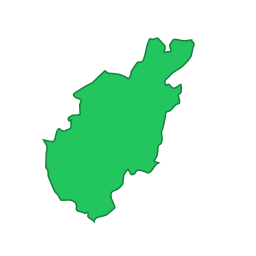 the County of Oppland, rotated 249°
{"feature_id": "NOR-920", "entity_name": "Oppland", "entity_type": "County", "adm_level": 1, "iso_a3": "NOR", "parent_name": "Norway", "parent_adm1": "", "projection": "orthographic", "projection_center": [9.47, 61.271], "detail": "fine", "context": "isolated", "style": "filled", "palette": "green", "viewbox_px": 256, "rotation_deg": 249, "n_neighbors": 0, "source": "natural_earth", "source_scale": "10m", "svg_char_len": 3330}
<svg xmlns="http://www.w3.org/2000/svg" viewBox="0 0 256 256"><g transform="rotate(249 128 128)"><path d="M203.4,180.7L203.3,180.8L201.9,182.7L201.7,183.2L201.6,184.0L201.7,185.4L201.7,186.2L201.5,187.2L201.3,187.7L200.8,188.2L191.5,191.9L188.8,191.1L188.4,190.9L187.3,189.8L186.8,189.2L186.2,188.7L185.5,189.3L185.4,189.8L184.9,192.5L184.4,194.1L184.2,195.1L184.3,195.6L184.6,195.8L189.4,196.3L190.3,196.6L191.4,197.8L194.0,201.4L194.1,202.8L194.0,203.2L193.8,204.0L190.0,210.2L189.3,211.6L188.4,214.4L187.6,218.4L187.4,218.7L187.2,219.1L186.3,218.7L185.7,218.8L184.6,219.7L182.3,219.6L179.5,217.3L173.0,213.1L172.2,212.3L170.2,209.5L169.1,207.7L166.3,201.5L165.8,200.0L165.4,198.5L163.9,190.9L163.3,188.9L162.3,186.6L160.8,183.6L160.2,181.9L159.6,180.7L158.2,178.8L154.2,178.6L153.9,178.9L153.7,179.4L154.1,179.9L154.4,180.6L154.3,181.3L153.9,182.1L153.5,182.3L150.2,183.4L149.3,184.1L148.7,185.1L148.6,186.3L148.7,187.8L149.6,191.6L149.7,192.9L146.4,192.2L142.7,190.5L141.9,189.6L141.5,188.6L141.2,187.5L140.6,186.6L139.7,186.4L135.4,186.0L134.0,185.6L132.7,184.7L132.6,181.1L132.1,179.7L129.1,174.0L129.1,172.1L129.3,170.9L129.2,169.9L128.8,169.1L128.3,168.5L127.5,167.9L124.9,166.8L115.2,160.3L112.1,157.6L106.0,156.1L102.9,154.5L101.7,153.3L101.5,152.7L101.3,151.7L101.2,150.9L101.0,150.5L100.9,150.3L100.6,150.0L99.2,149.0L94.9,147.1L92.0,145.3L90.2,143.5L87.9,140.5L87.1,140.9L84.5,144.1L84.0,141.2L79.7,134.6L79.0,132.9L78.7,131.6L78.8,131.0L79.1,130.2L82.4,126.8L85.2,122.4L84.8,120.5L84.0,119.1L83.2,118.2L82.9,117.4L82.8,116.9L82.9,115.0L83.8,114.2L89.5,113.2L88.2,110.8L85.5,107.1L77.8,103.1L77.3,102.6L75.8,99.9L75.2,98.2L74.7,96.6L74.6,95.2L74.5,94.0L74.4,91.4L74.2,90.4L73.6,89.4L72.8,88.6L71.6,88.0L68.5,87.2L59.3,87.5L58.2,86.9L57.3,84.9L55.8,80.3L54.7,77.1L54.7,76.1L54.7,74.2L55.4,69.2L55.5,66.8L55.2,65.6L54.8,64.7L54.2,63.9L53.8,63.5L53.4,63.3L52.6,63.0L54.5,62.1L57.9,59.6L59.3,59.0L60.2,58.9L61.3,59.8L62.0,60.1L63.0,60.1L63.6,59.8L63.9,59.4L63.6,58.1L63.7,57.3L64.5,56.4L66.4,54.5L67.5,52.9L68.3,51.5L68.9,51.1L69.7,50.8L70.6,50.7L71.3,50.8L72.6,51.6L75.1,52.3L77.6,52.0L79.6,50.5L80.6,49.3L81.6,47.8L82.1,46.7L84.1,40.9L84.5,39.9L84.9,39.5L85.6,39.3L90.5,38.6L94.7,36.9L103.8,36.4L111.6,36.3L116.0,37.8L118.0,37.9L120.6,37.1L126.5,39.6L134.8,43.1L136.7,44.5L140.0,45.9L147.1,44.9L142.8,51.5L142.3,52.9L142.4,54.4L143.5,55.6L148.7,59.1L151.2,61.4L151.8,62.2L152.0,63.0L151.8,63.7L149.1,65.4L148.6,66.0L148.2,66.9L148.0,67.6L147.9,68.1L147.9,68.3L148.2,70.1L148.2,71.0L148.0,72.4L148.1,73.4L148.3,74.1L150.1,75.7L153.8,76.7L155.6,78.0L156.0,76.9L155.9,76.6L155.8,76.4L155.7,76.2L155.6,75.9L155.8,75.6L157.4,75.3L158.9,76.1L159.8,80.8L158.2,85.1L158.0,88.3L166.7,91.1L167.4,91.5L168.0,92.3L169.8,93.7L171.0,94.3L171.4,94.2L174.2,91.3L174.9,90.3L175.9,89.7L177.8,89.0L178.5,89.0L178.9,89.3L179.4,89.8L180.1,92.1L182.4,104.5L182.9,110.7L189.7,126.9L186.8,128.8L185.5,130.3L185.2,131.4L185.0,131.9L181.5,138.5L180.1,140.4L175.9,144.6L175.5,144.7L175.1,145.0L174.0,145.6L174.1,146.5L174.5,147.3L176.8,149.9L179.2,151.1L180.2,152.0L185.5,159.6L185.9,160.9L185.7,161.7L185.0,163.0L184.8,163.7L184.9,164.5L185.2,165.4L185.5,166.2L187.2,167.9L187.7,168.2L188.0,168.2L188.7,169.1L198.6,175.7L201.9,178.7L202.0,178.9L202.7,179.2L203.4,180.7L203.4,180.7Z" fill="#22c55e" stroke="#15803d" stroke-width="1.5"/></g></svg>